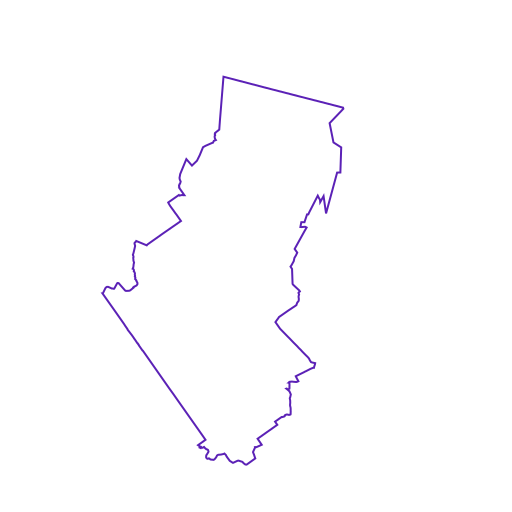 Delicias, Chihuahua, Mexico (orthographic projection), rotated 145°
{"feature_id": "50627088B94696650260706", "entity_name": "Delicias", "entity_type": "district", "adm_level": 2, "iso_a3": "MEX", "parent_name": "Mexico", "parent_adm1": "Chihuahua", "projection": "orthographic", "projection_center": [-105.441, 28.123], "detail": "fine", "context": "isolated", "style": "outline", "palette": "violet", "viewbox_px": 512, "rotation_deg": 145, "n_neighbors": 0, "source": "geoboundaries", "source_scale": "gbopen_adm2", "svg_char_len": 5972}
<svg xmlns="http://www.w3.org/2000/svg" viewBox="0 0 512 512"><g transform="rotate(145 256 256)"><path d="M129.5,362.5L151.0,387.6L179.8,421.5L207.9,387.6L213.6,380.6L218.8,380.3L218.9,380.0L219.1,379.8L219.5,379.8L219.9,379.5L220.0,379.0L220.1,378.5L220.3,378.2L220.8,378.1L221.1,377.9L221.6,377.2L222.1,376.2L222.4,374.8L222.4,374.0L224.5,374.5L226.3,373.5L227.1,373.8L234.1,375.2L237.0,375.5L244.2,370.9L249.7,367.9L256.6,366.8L257.5,375.3L271.1,366.6L273.9,363.8L274.6,362.3L275.0,360.2L276.1,359.3L276.8,358.8L277.3,358.8L277.7,358.4L278.0,358.2L278.5,358.1L278.6,357.9L278.7,357.7L278.8,357.4L279.0,357.1L279.2,356.9L279.5,356.7L279.4,356.2L279.7,355.7L279.9,355.4L279.8,355.1L279.8,354.7L279.8,346.9L280.8,347.6L281.0,347.8L281.4,348.2L281.5,348.3L282.3,348.7L284.1,349.4L284.2,349.6L284.2,350.2L297.2,350.2L297.4,349.1L297.6,346.1L297.5,340.5L297.5,339.1L297.5,337.3L297.4,335.5L297.4,332.9L297.4,331.5L297.4,329.8L297.4,327.7L319.6,327.8L338.4,327.7L339.4,327.4L342.3,332.0L345.5,337.0L346.1,336.7L346.4,336.7L346.7,336.5L347.4,336.5L347.7,336.5L347.9,336.3L348.2,336.1L348.3,335.9L348.5,335.7L348.8,334.7L349.2,333.6L351.5,331.5L354.9,328.5L355.7,327.9L356.1,327.7L356.3,327.3L356.4,326.6L356.7,325.8L357.0,325.3L357.6,325.0L358.3,323.7L359.1,322.4L359.7,320.5L360.9,319.5L361.5,318.8L362.1,318.1L362.9,317.2L364.3,316.3L364.0,315.9L363.9,315.2L364.0,314.8L364.5,313.8L364.9,313.5L364.8,313.2L364.8,312.5L364.9,312.2L365.0,311.6L365.2,311.1L365.9,310.4L366.0,310.1L366.3,309.3L366.5,309.0L366.9,308.9L367.1,308.5L367.1,308.0L367.2,307.5L367.5,307.2L367.9,306.8L367.9,306.6L368.0,306.5L368.2,306.4L368.0,305.0L368.0,304.9L368.2,304.7L368.3,304.5L368.3,304.3L368.2,304.2L368.3,304.0L368.5,302.1L369.2,301.0L370.6,300.4L372.4,300.5L373.0,300.8L374.5,300.7L374.5,300.3L378.8,300.0L379.9,300.3L382.4,301.9L382.7,302.2L383.0,302.8L383.6,308.1L384.1,312.6L384.6,313.0L384.9,313.3L385.4,313.3L390.6,310.7L391.2,310.6L392.0,311.5L392.8,312.1L392.9,312.3L394.0,314.2L394.8,315.5L395.8,316.2L396.4,316.3L397.7,316.1L402.9,313.2L403.2,313.4L403.1,288.9L403.1,275.9L403.2,273.7L403.2,270.6L403.2,269.9L403.4,269.5L403.4,268.3L403.3,267.0L403.2,264.5L403.1,262.4L403.1,262.1L403.1,258.8L403.2,258.5L403.1,257.3L403.2,252.6L403.0,252.3L403.1,251.9L403.0,251.6L403.1,251.3L403.0,251.2L403.0,250.8L403.0,250.5L403.2,250.1L403.2,247.5L403.2,246.8L403.2,246.7L403.2,245.9L403.2,243.7L403.0,243.4L403.0,197.3L402.9,190.5L402.9,187.1L402.9,181.4L402.8,143.8L402.8,134.4L412.0,134.3L411.9,134.0L411.1,132.2L412.1,131.5L411.4,130.3L410.4,130.7L410.3,130.1L409.9,129.7L409.6,129.5L408.1,129.4L407.9,127.5L407.6,126.9L407.6,126.3L407.5,126.1L406.9,125.5L406.6,124.8L406.6,124.5L406.7,124.2L406.9,123.6L407.1,123.0L407.2,122.9L407.4,122.8L407.6,122.7L408.5,122.3L408.9,122.1L410.4,121.5L411.0,121.3L411.8,120.4L412.4,119.5L412.4,119.1L412.4,118.8L412.4,118.5L412.3,118.2L412.2,117.9L411.9,117.6L411.2,117.3L410.7,117.3L410.4,116.9L410.1,115.6L409.9,115.3L407.6,113.3L407.4,113.3L405.9,113.4L404.4,113.9L403.6,114.2L403.2,114.4L402.8,114.7L402.5,114.9L401.3,114.9L400.9,114.8L400.4,114.5L398.5,113.4L397.5,113.0L396.1,112.4L395.2,112.3L394.8,110.2L395.0,109.5L395.0,108.9L395.0,108.3L395.1,108.2L395.0,104.8L395.0,103.3L393.6,99.9L393.3,99.7L388.8,98.9L387.9,98.6L387.2,97.8L386.7,97.1L386.0,96.2L385.3,95.3L385.2,95.0L385.0,93.4L384.6,92.1L384.4,91.5L383.8,90.8L383.3,90.5L382.1,90.5L372.7,90.6L372.2,92.4L371.8,93.7L371.5,94.6L371.4,95.3L371.2,95.9L371.1,96.5L370.9,97.1L370.1,97.6L367.9,98.9L367.3,99.3L366.5,99.7L366.4,100.0L366.2,99.9L366.2,99.6L365.9,99.4L365.5,99.3L364.9,99.1L364.2,99.0L363.9,98.9L363.3,98.8L361.8,98.5L359.6,98.1L359.5,105.4L335.4,105.5L335.4,109.4L328.2,109.4L327.3,109.4L326.9,109.0L326.2,108.7L325.5,108.7L325.1,108.4L324.7,108.3L324.2,108.4L323.7,108.8L323.2,109.0L322.9,108.8L322.1,108.7L321.7,108.5L321.3,108.2L321.0,107.9L320.7,107.5L320.1,106.9L319.4,106.6L318.7,106.4L318.4,106.6L318.2,106.7L318.0,107.1L317.4,107.9L316.7,108.8L316.5,109.2L316.0,109.9L315.5,110.6L315.2,111.1L314.9,111.5L314.3,112.8L314.2,113.2L313.9,113.8L313.7,114.2L313.1,115.0L312.5,115.7L312.3,115.9L310.9,118.0L310.2,119.5L310.0,120.0L309.7,120.3L309.3,120.5L309.1,120.6L306.9,122.6L306.8,123.0L306.6,124.0L306.4,124.8L306.3,125.8L306.2,126.0L306.6,127.8L307.2,129.9L306.9,129.8L306.6,128.5L306.4,127.9L305.8,128.1L305.0,128.3L304.7,128.2L304.2,128.9L303.9,129.2L303.8,129.4L303.6,129.7L303.5,129.9L303.3,130.1L303.2,130.3L303.0,130.5L302.8,130.8L302.5,131.1L302.0,132.1L301.8,132.4L301.6,132.6L301.3,132.9L301.8,133.4L301.7,133.4L301.5,133.6L301.2,133.7L300.8,133.7L300.5,133.6L299.4,133.0L298.7,132.6L297.0,131.1L295.3,129.7L294.5,129.4L293.8,129.2L293.7,129.2L293.1,129.1L293.0,129.9L292.9,131.1L292.7,132.6L292.5,134.1L292.4,134.7L289.8,134.3L285.3,133.6L283.4,133.3L282.2,133.2L281.3,133.0L276.2,132.3L273.4,131.7L273.1,131.6L272.7,131.2L271.5,132.2L269.9,133.4L269.0,134.3L271.1,136.6L271.8,137.5L271.7,139.6L271.6,140.6L271.4,141.4L271.4,141.8L271.6,143.7L272.1,146.3L272.9,151.0L273.2,153.5L273.7,156.0L274.0,158.5L274.9,163.5L275.3,166.1L275.8,169.4L276.1,171.0L276.4,172.8L278.0,182.6L278.0,189.7L278.0,190.7L277.7,190.8L275.2,191.7L273.9,192.1L272.2,192.8L267.7,192.8L263.0,192.8L260.6,192.8L257.5,192.7L255.9,192.7L253.3,192.6L251.1,192.6L250.9,192.8L249.3,193.9L248.9,194.2L247.2,194.6L246.6,195.0L246.2,195.4L245.4,196.5L244.6,198.1L243.8,199.0L242.9,199.6L242.7,199.9L242.5,201.1L242.3,201.5L241.8,201.6L241.2,201.8L240.4,201.8L240.3,202.9L242.0,210.9L242.1,211.8L241.9,212.4L233.9,224.7L233.8,227.5L232.4,228.0L228.1,230.1L225.6,232.4L222.9,233.6L220.3,235.1L220.3,239.6L202.3,248.4L198.2,250.3L198.5,250.9L198.8,251.3L198.9,251.6L199.2,251.9L200.9,252.9L201.9,253.4L203.0,254.3L199.5,257.7L196.9,255.9L190.3,260.8L189.3,260.1L187.1,261.4L170.8,270.0L171.2,267.4L171.3,265.4L172.5,263.3L166.3,266.3L174.2,250.7L141.7,277.8L139.0,276.0L123.9,296.1L127.4,304.6L119.5,322.6L100.0,326.5L99.6,327.6L129.5,362.5Z" fill="none" stroke="#5b21b6" stroke-width="2"/></g></svg>